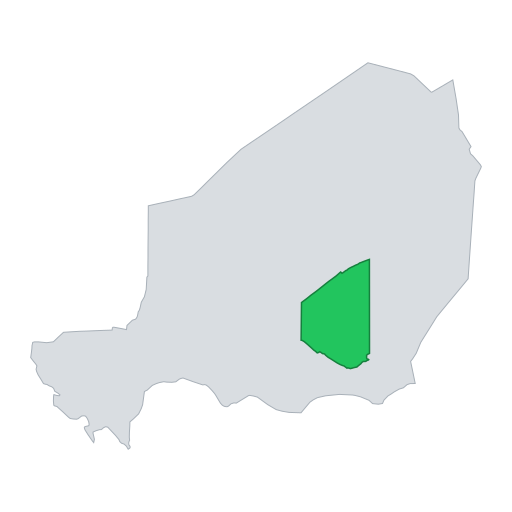 location of Tesker, Zinder, Niger
{"feature_id": "23599985B16015640173227", "entity_name": "Tesker", "entity_type": "district", "adm_level": 2, "iso_a3": "NER", "parent_name": "Niger", "parent_adm1": "Zinder", "projection": "robinson", "projection_center": [11.083, 15.833], "detail": "fine", "context": "in_parent", "style": "filled", "palette": "green", "viewbox_px": 512, "rotation_deg": 0, "n_neighbors": 0, "source": "geoboundaries", "source_scale": "gbopen_adm2", "svg_char_len": 4032}
<svg xmlns="http://www.w3.org/2000/svg" viewBox="0 0 512 512"><path d="M415.2,383.5L410.1,383.6L407.1,384.6L403.4,387.8L399.2,389.1L394.2,391.9L391.0,394.1L388.0,395.9L383.9,400.2L382.5,403.5L378.4,404.2L372.6,403.6L369.0,400.3L360.5,396.8L355.0,395.4L352.4,395.0L339.4,394.4L325.6,395.8L318.5,397.4L317.3,397.7L313.3,399.8L309.9,402.2L301.0,412.8L289.1,412.4L282.1,411.2L276.2,409.6L267.7,404.6L257.4,397.1L253.4,396.0L249.9,395.4L248.7,395.5L236.3,403.1L233.9,402.9L231.0,403.8L229.1,405.6L227.7,406.6L226.2,406.7L224.2,406.3L222.3,405.2L220.4,403.1L215.4,394.7L214.3,393.2L212.2,390.7L208.5,386.8L206.1,385.0L204.6,384.6L202.8,384.9L192.9,381.6L183.0,378.0L180.8,378.5L179.2,379.2L175.8,381.8L171.8,382.3L166.6,382.1L163.8,381.7L159.3,382.6L156.3,383.6L152.3,385.4L147.1,390.2L145.7,390.8L144.4,391.6L142.6,404.8L141.2,408.7L138.6,413.9L133.4,418.9L129.9,421.9L129.8,426.0L129.4,432.7L129.3,437.2L129.6,440.2L129.0,441.6L128.7,442.9L128.9,444.9L129.7,445.8L130.2,447.0L129.9,448.0L128.2,449.2L126.4,446.2L124.1,444.1L121.5,443.2L119.8,441.6L118.9,439.5L115.5,435.4L107.8,427.2L107.0,427.0L105.7,426.7L103.5,427.7L102.1,429.0L101.2,429.6L99.8,429.6L96.1,430.7L93.1,432.0L93.0,433.1L94.4,439.3L93.7,442.6L92.4,441.0L88.1,434.8L85.2,430.2L84.7,429.1L84.3,427.6L84.6,426.9L85.8,426.4L88.5,425.8L89.0,425.3L89.1,424.0L88.7,421.7L87.3,418.5L85.7,416.3L84.8,415.9L83.2,415.8L81.5,416.1L78.1,418.7L76.7,419.2L73.3,419.0L70.2,418.5L68.4,417.1L63.0,412.0L56.9,406.5L54.4,405.8L53.8,405.2L53.4,401.0L53.6,396.0L53.9,394.6L56.5,395.4L59.2,395.8L60.0,394.9L57.9,393.1L54.8,391.3L53.7,388.5L52.8,387.6L51.4,386.6L49.8,386.1L48.2,385.3L47.2,384.5L45.3,384.2L43.5,383.6L40.8,379.1L38.1,374.8L36.6,371.4L36.1,369.3L36.9,365.9L36.1,364.5L33.2,360.9L30.7,357.6L31.4,352.6L31.9,348.3L32.0,345.6L32.4,344.1L32.7,342.4L34.4,341.9L38.6,341.9L46.7,342.7L53.3,341.8L53.6,341.6L58.3,337.1L63.5,332.3L71.2,331.8L79.5,331.3L86.0,331.1L95.5,330.7L103.2,330.4L112.1,330.1L112.4,327.9L112.9,327.3L113.8,327.2L120.4,328.4L126.5,329.6L127.0,325.4L132.4,320.2L135.5,319.2L136.3,318.3L137.3,316.5L137.9,313.8L138.2,311.9L139.3,310.3L140.2,307.4L141.3,302.2L144.4,296.8L146.2,289.5L146.6,282.4L146.9,277.1L147.9,276.0L147.9,266.4L148.0,256.8L148.0,248.7L148.1,238.6L148.2,229.7L148.2,220.1L148.3,211.5L148.3,205.8L154.5,204.4L160.9,203.0L170.3,201.0L180.5,198.7L191.6,196.3L194.1,194.8L202.5,186.6L206.3,182.8L213.8,175.4L219.6,169.7L227.0,162.4L234.8,155.1L241.0,149.3L250.8,142.6L265.5,132.7L280.2,122.7L294.8,112.7L309.5,102.7L324.1,92.8L338.7,82.8L353.3,72.8L367.9,62.8L382.6,66.6L396.5,70.2L410.6,73.9L413.9,75.8L421.4,82.9L431.0,92.0L431.4,92.2L431.8,92.2L440.9,86.9L452.8,79.9L456.1,98.8L458.5,115.0L458.8,125.3L458.9,128.0L459.9,129.8L462.1,131.7L471.0,146.6L469.2,149.2L470.5,153.8L472.8,155.8L480.3,164.7L481.3,166.5L480.9,167.9L475.8,178.4L474.9,180.9L474.0,194.3L473.3,203.7L472.4,216.7L471.3,232.1L470.4,245.2L469.2,262.5L468.1,278.8L460.7,287.8L447.5,303.7L436.8,316.7L431.4,325.4L420.8,342.3L416.2,353.3L412.5,359.0L410.6,361.4L412.3,369.5L415.2,383.5Z" fill="#d9dde1" stroke="#a8b0b8" stroke-width="1"/><path d="M340.7,272.0L340.3,272.3L336.1,276.0L328.6,281.5L326.2,283.4L321.2,287.4L316.0,291.5L311.2,295.0L306.5,298.8L301.5,302.5L301.1,340.2L301.8,340.3L302.5,340.6L304.2,341.6L307.4,344.3L311.2,347.7L313.9,350.2L315.5,351.3L317.2,352.9L318.6,352.5L319.8,351.7L320.8,352.3L322.5,353.6L324.5,353.9L325.5,355.1L328.0,357.2L331.8,359.5L337.1,362.9L340.1,364.5L342.5,365.5L343.9,365.9L345.7,367.2L347.0,368.2L347.8,367.8L350.4,368.6L352.0,368.2L354.1,367.6L356.9,367.0L358.5,365.6L360.9,363.7L361.0,363.6L361.1,363.4L362.0,362.3L363.2,361.5L365.8,361.4L366.6,360.7L368.2,360.1L368.7,359.7L368.2,359.2L367.3,359.0L366.8,358.7L366.6,358.0L366.6,355.2L367.6,354.3L368.6,353.9L369.5,353.4L369.4,259.4L368.2,259.8L365.5,260.8L362.6,261.9L361.2,262.5L359.8,262.9L357.8,264.3L355.5,265.2L353.2,266.4L351.8,267.0L350.2,267.8L348.4,268.8L346.7,270.3L345.9,270.5L343.1,272.6L342.0,273.3L340.7,272.0Z" fill="#22c55e" stroke="#15803d" stroke-width="1.5"/></svg>